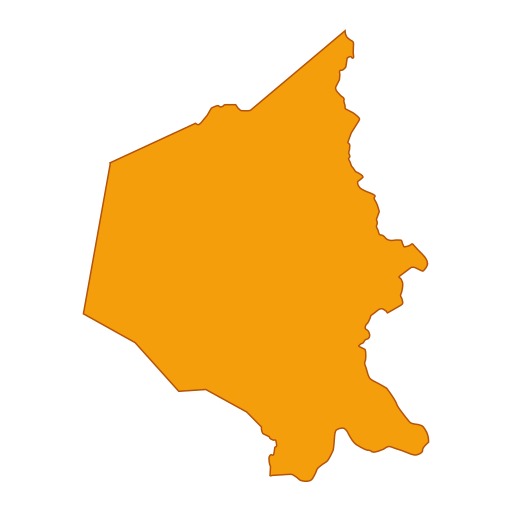 La Virtud, Lempira, Honduras (Mercator projection)
{"feature_id": "27666195B16098778662068", "entity_name": "La Virtud", "entity_type": "district", "adm_level": 2, "iso_a3": "HND", "parent_name": "Honduras", "parent_adm1": "Lempira", "projection": "mercator", "projection_center": [-88.659, 14.074], "detail": "fine", "context": "isolated", "style": "filled", "palette": "amber", "viewbox_px": 512, "rotation_deg": 0, "n_neighbors": 0, "source": "geoboundaries", "source_scale": "gbopen_adm2", "svg_char_len": 6074}
<svg xmlns="http://www.w3.org/2000/svg" viewBox="0 0 512 512"><path d="M345.1,30.7L250.5,110.3L249.8,110.5L248.7,110.7L246.2,110.8L241.8,110.7L240.8,110.5L240.3,110.2L237.9,108.0L237.0,106.7L236.1,105.2L235.8,104.9L235.3,104.7L230.7,104.7L225.3,104.7L224.7,104.8L224.1,105.1L222.9,106.2L222.3,106.5L221.8,106.8L221.0,106.9L220.4,106.9L219.8,106.7L219.4,106.5L218.6,105.8L217.9,105.6L216.9,105.8L215.3,106.3L213.0,107.3L211.3,108.2L207.1,115.5L204.6,118.4L201.3,122.5L200.1,123.6L198.8,124.5L198.2,124.7L197.6,124.6L196.4,124.0L195.5,123.3L109.9,162.9L110.3,163.5L83.4,313.8L135.1,342.6L178.8,391.3L205.8,389.5L246.7,412.0L261.4,426.9L261.4,428.8L261.6,430.2L262.1,431.9L262.9,433.6L269.0,436.6L269.4,437.0L269.7,437.8L270.0,438.3L270.6,438.8L271.2,439.2L272.5,439.8L273.2,440.1L274.0,440.1L274.9,440.0L275.3,440.0L275.6,440.3L275.9,440.8L276.4,443.2L276.6,445.0L276.6,445.9L276.5,446.3L276.2,446.6L275.1,447.1L274.7,447.8L274.2,451.9L273.9,453.5L273.6,454.6L273.3,455.0L272.8,455.1L272.4,455.1L271.8,454.8L271.4,454.7L270.9,454.8L270.4,455.0L270.0,455.5L269.5,456.3L269.2,456.9L269.0,457.7L269.0,459.8L269.3,462.3L269.6,464.1L270.4,466.2L270.5,467.0L270.0,475.6L270.3,475.8L270.6,475.8L272.4,475.4L273.8,475.3L286.4,474.5L290.0,474.3L291.7,474.4L292.7,474.7L295.4,476.4L297.1,477.6L299.1,479.4L300.2,480.2L301.0,480.5L302.0,480.8L304.5,481.2L306.5,481.3L308.6,481.0L310.3,480.5L311.5,479.7L312.0,479.2L312.8,478.1L314.3,475.5L315.7,472.7L316.9,469.5L317.7,468.3L319.3,466.8L322.4,464.4L326.4,461.8L327.2,461.0L328.0,460.1L329.4,457.8L331.0,454.8L332.9,450.8L333.2,450.0L333.5,448.2L333.9,444.7L334.7,434.9L335.0,433.0L335.6,431.1L335.9,430.5L336.4,430.0L337.8,429.2L339.2,428.6L341.0,428.2L343.0,428.1L344.2,428.4L345.1,429.1L346.1,430.1L347.2,431.5L349.6,436.1L352.3,440.4L354.3,442.8L355.2,443.7L356.3,444.6L360.5,447.1L364.6,449.2L367.1,450.1L369.1,450.3L370.1,450.6L370.9,450.9L372.0,451.8L372.8,452.0L373.8,452.1L374.9,452.0L376.6,451.6L378.3,451.2L381.1,450.1L383.5,449.2L384.6,448.5L386.1,447.5L387.0,447.0L388.4,446.6L389.7,446.6L390.9,446.8L395.5,448.5L402.3,450.7L410.9,454.1L413.9,454.9L415.0,455.0L416.0,455.0L417.6,454.6L419.4,453.9L420.8,453.1L421.6,452.4L422.1,451.8L422.4,451.2L422.6,450.5L422.7,449.1L423.2,448.0L424.1,446.7L425.4,445.2L428.6,442.1L428.5,439.7L428.3,437.6L427.8,435.6L427.2,433.6L426.6,432.2L426.0,431.1L424.6,428.7L423.1,426.7L422.1,425.9L420.7,425.3L418.0,424.5L414.4,424.0L413.0,423.7L411.1,423.1L410.2,422.5L409.1,421.4L405.5,417.0L400.8,410.9L398.9,408.2L397.4,405.8L395.9,402.2L393.7,398.3L390.0,392.8L386.8,388.4L385.8,387.7L382.7,385.9L378.6,383.6L374.5,381.5L372.8,380.6L370.7,379.2L369.6,378.0L368.8,376.6L367.9,374.3L366.1,367.9L365.0,365.0L364.7,363.6L364.6,363.0L364.7,362.5L365.3,360.7L365.6,359.3L365.8,356.5L365.7,352.6L365.5,351.2L365.2,349.9L365.0,349.5L364.6,349.2L359.2,346.5L358.8,346.2L358.7,346.0L358.8,345.8L359.0,345.5L360.3,344.3L361.2,343.7L362.7,343.1L363.3,342.7L363.8,342.0L364.5,340.7L365.3,339.8L366.1,339.4L367.6,338.9L368.3,338.5L368.9,337.8L369.3,337.1L369.6,336.1L369.7,335.0L369.4,333.8L369.0,332.6L368.4,331.3L367.8,330.6L367.0,329.9L366.0,329.3L365.5,328.8L365.2,328.1L365.2,327.2L365.4,326.2L365.8,325.2L366.5,324.3L367.8,322.8L368.6,321.4L370.1,318.1L370.7,316.0L371.2,315.3L374.1,313.2L378.5,309.7L379.7,309.1L380.9,308.8L382.2,308.8L383.0,309.1L383.6,309.4L384.8,310.2L386.0,311.0L386.6,311.8L387.2,312.7L387.4,312.9L387.7,312.8L400.6,305.4L401.7,304.6L402.5,303.7L402.7,303.1L402.8,302.5L402.4,300.6L401.9,298.8L401.5,297.8L400.7,296.5L400.5,295.5L400.7,294.4L401.3,293.0L401.7,291.8L402.4,288.4L402.7,285.9L402.7,283.5L402.4,282.1L401.2,279.3L400.8,278.8L400.4,278.3L399.1,277.5L399.0,277.0L399.1,276.6L399.7,276.1L401.2,274.9L410.7,267.8L411.3,267.5L411.8,267.3L412.5,267.2L413.5,267.3L415.1,267.6L420.8,270.4L422.2,270.9L422.8,271.1L423.0,271.0L423.6,270.6L424.4,269.7L425.9,267.9L427.0,265.8L427.5,264.2L427.4,264.2L427.4,263.3L427.3,262.2L426.9,260.6L426.3,259.4L424.8,257.0L422.1,254.0L418.1,250.0L413.3,244.7L412.7,244.0L412.2,243.9L411.7,244.0L410.1,245.2L408.4,246.0L406.4,246.5L404.3,246.9L403.9,246.6L403.4,245.6L402.4,243.3L401.8,241.1L401.5,240.6L401.3,240.3L400.9,240.2L399.7,240.1L397.0,240.0L395.3,240.1L393.0,240.4L391.6,240.5L390.2,240.4L389.0,240.1L387.6,239.6L386.4,238.9L385.6,238.2L384.5,236.8L383.3,235.8L382.1,235.2L380.1,234.8L379.5,234.5L379.2,234.1L378.8,233.1L378.1,230.5L377.6,229.4L376.7,227.6L376.4,226.4L376.5,225.6L377.1,224.1L377.3,223.0L377.1,221.6L376.5,219.9L376.5,219.1L379.1,212.1L379.2,211.4L378.6,209.2L377.4,205.3L376.0,202.1L374.7,199.9L374.2,198.7L374.1,198.3L374.2,197.8L374.4,197.3L375.0,196.6L375.0,196.1L375.0,195.8L374.8,195.5L374.1,194.9L372.7,194.1L370.3,193.0L365.9,191.3L362.7,189.7L360.4,188.3L359.8,187.6L359.1,186.7L358.2,185.3L357.8,184.2L357.6,182.8L357.7,181.9L358.0,181.4L358.3,181.1L360.6,179.4L362.5,177.7L362.9,177.3L362.9,176.7L362.3,175.7L361.1,174.7L358.3,172.9L355.9,171.8L355.2,171.1L353.6,168.7L351.5,166.0L351.2,165.3L350.1,162.1L348.6,159.2L348.6,158.7L348.7,158.3L349.6,157.3L349.8,156.5L349.7,155.4L349.0,154.0L348.8,153.1L348.9,151.6L349.5,149.5L349.6,148.4L349.8,145.3L349.6,144.6L349.3,144.1L349.0,143.6L348.3,143.2L348.1,142.8L347.9,142.3L348.0,141.8L351.3,132.8L358.7,121.1L359.4,119.7L359.5,118.9L359.3,118.3L357.9,116.7L356.1,115.1L353.8,113.3L352.9,112.7L345.9,109.1L345.4,108.7L345.1,108.1L345.1,106.8L345.0,105.6L343.9,101.6L343.9,100.7L344.1,99.3L343.9,98.4L343.2,97.5L341.6,96.4L340.6,95.5L337.5,92.2L336.8,91.2L336.2,90.3L335.9,89.4L335.6,88.5L335.6,87.7L335.8,86.9L339.4,79.7L339.8,75.4L339.8,74.1L339.5,72.2L339.6,71.4L339.7,70.9L340.1,70.5L340.4,70.3L342.0,70.2L343.0,69.8L344.2,68.8L345.6,67.4L345.7,67.0L346.0,65.8L347.1,58.6L347.3,58.0L348.7,57.1L349.5,56.7L349.9,56.6L350.6,56.6L351.1,56.9L351.6,57.3L352.0,57.9L352.4,58.1L352.8,58.1L353.2,57.9L353.5,57.6L353.6,57.3L353.6,56.0L353.3,53.9L353.2,52.5L353.5,44.6L353.5,43.2L353.4,42.7L353.1,42.0L352.4,41.2L350.2,39.9L349.0,39.0L347.7,37.9L346.7,36.9L346.0,35.3L345.4,33.7L345.2,32.3L345.1,30.7Z" fill="#f59e0b" stroke="#b45309" stroke-width="1.5"/></svg>